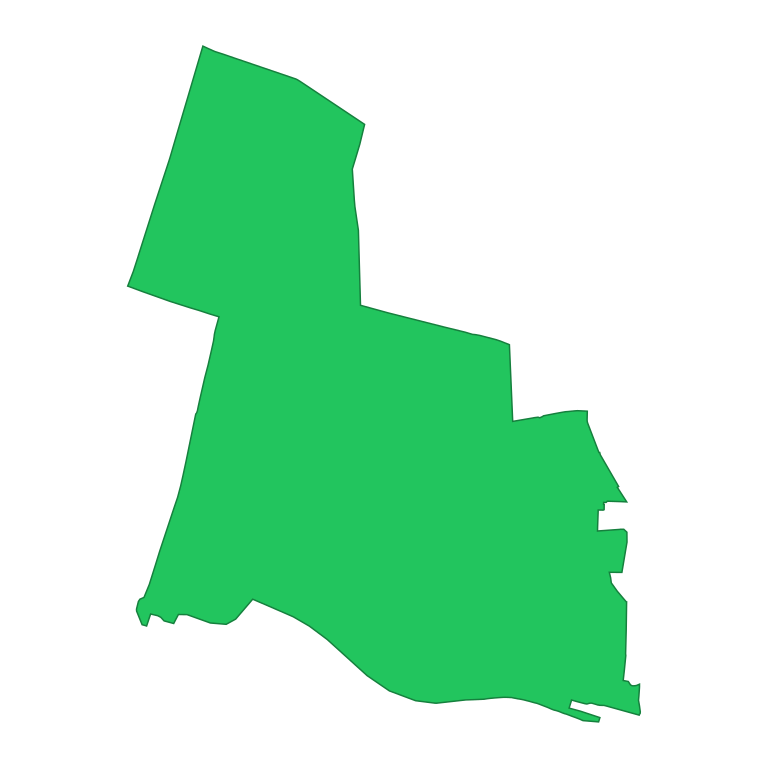 Sendreni, Galati, Romania
{"feature_id": "2599482B83097293031485", "entity_name": "Sendreni", "entity_type": "district", "adm_level": 2, "iso_a3": "ROU", "parent_name": "Romania", "parent_adm1": "Galati", "projection": "orthographic", "projection_center": [27.927, 45.451], "detail": "fine", "context": "isolated", "style": "filled", "palette": "green", "viewbox_px": 768, "rotation_deg": 0, "n_neighbors": 0, "source": "geoboundaries", "source_scale": "gbopen_adm2", "svg_char_len": 3070}
<svg xmlns="http://www.w3.org/2000/svg" viewBox="0 0 768 768"><path d="M582.9,720.6L598.6,721.9L599.9,717.6L580.5,711.2L569.1,708.1L571.2,701.3L571.5,700.0L576.6,701.5L580.4,702.5L585.0,703.7L586.9,704.0L589.4,703.3L590.9,703.1L591.9,703.2L596.0,704.4L598.2,705.1L598.5,704.9L599.6,705.3L603.2,705.4L604.0,705.4L606.0,705.9L639.1,715.1L639.1,714.5L639.6,714.2L640.1,713.5L640.3,711.9L639.8,708.3L639.5,706.0L638.5,700.3L638.9,695.9L639.4,688.6L639.5,686.8L639.5,684.2L636.7,685.4L635.3,685.7L633.8,685.8L632.2,685.8L630.5,684.9L628.3,681.5L623.2,680.5L624.4,669.7L625.8,655.6L625.6,653.7L626.2,630.1L626.6,601.9L626.3,601.9L617.4,591.4L616.8,590.6L611.3,582.9L610.6,577.6L609.3,572.3L621.9,572.4L627.0,542.1L626.9,532.2L623.8,529.3L620.2,529.3L619.9,529.4L597.5,531.0L597.6,526.9L598.2,510.0L603.2,510.1L604.1,509.7L604.2,504.5L603.6,504.4L603.6,502.4L606.1,502.4L607.3,501.2L620.1,501.6L626.7,501.9L617.3,487.3L618.6,486.5L600.3,454.8L599.7,452.5L598.9,452.5L587.7,423.2L587.3,421.9L587.2,421.1L587.1,420.0L587.3,411.2L586.1,411.1L577.4,410.7L574.6,410.9L567.4,411.6L565.8,411.7L563.2,412.1L554.9,413.6L543.6,415.8L542.2,416.7L539.7,417.8L538.1,417.2L534.1,417.7L533.2,417.9L512.7,421.4L509.4,344.7L500.4,341.1L496.2,339.7L480.8,335.7L479.6,335.4L475.2,334.6L472.6,334.4L465.2,332.2L443.5,326.9L387.8,312.8L360.5,305.3L359.4,266.6L358.4,230.4L354.9,206.6L354.3,199.7L352.3,169.1L355.7,157.9L359.8,144.2L364.6,124.4L300.1,81.4L297.5,79.8L295.9,79.0L294.4,78.5L233.9,57.9L223.8,54.4L215.1,51.6L212.5,50.5L211.5,50.0L208.5,48.7L202.9,46.1L201.2,51.8L192.8,80.3L187.4,98.6L179.1,126.6L175.5,138.8L170.3,156.6L169.1,160.5L154.6,204.6L138.2,256.2L138.1,256.6L133.3,271.5L127.7,286.1L143.1,291.8L170.1,301.4L190.8,308.0L197.9,310.1L199.8,310.7L210.4,314.2L219.0,316.8L215.2,330.6L214.8,332.5L214.4,334.3L214.1,336.9L213.5,341.1L211.6,349.7L208.1,365.0L204.8,377.6L200.1,398.1L198.3,406.3L197.4,410.8L196.6,413.0L195.9,413.8L195.6,414.7L185.9,462.1L183.1,475.1L180.7,485.8L177.6,497.4L173.8,508.6L159.6,551.5L155.4,565.1L150.9,579.4L149.3,584.5L144.0,597.4L142.2,598.2L139.9,599.2L138.4,601.5L136.5,609.1L136.6,611.1L142.1,624.7L144.7,625.4L145.7,625.7L146.6,626.0L150.6,614.0L157.7,615.7L160.8,617.3L164.1,620.9L173.7,623.5L175.3,620.4L178.4,614.5L187.0,614.6L210.4,623.0L226.2,624.3L235.7,619.1L252.7,599.2L280.7,611.3L293.3,616.8L309.3,626.1L327.1,639.4L367.2,675.7L389.4,690.9L415.6,700.7L434.6,703.1L436.3,703.2L464.1,700.1L466.0,699.9L472.2,699.7L484.1,699.2L487.2,698.7L490.6,698.3L491.8,698.2L495.1,697.9L499.1,697.6L500.6,697.5L502.1,697.4L503.9,697.3L505.7,697.3L508.6,697.4L510.0,697.5L511.4,697.5L513.2,697.9L516.4,698.5L517.8,698.8L519.3,699.0L521.5,699.4L523.9,699.9L526.5,700.6L528.6,701.1L530.4,701.6L532.5,702.2L534.7,702.8L536.9,703.3L539.1,704.1L541.7,705.1L544.5,706.2L546.6,707.0L548.6,707.8L551.0,708.9L553.3,709.8L554.2,710.1L556.3,710.6L558.2,711.2L560.1,711.9L562.2,712.8L564.4,713.6L566.3,714.1L567.9,714.7L570.0,715.5L572.6,716.5L575.7,717.6L578.0,718.5L580.1,719.3L582.0,720.2L582.9,720.6Z" fill="#22c55e" stroke="#15803d" stroke-width="1.5"/></svg>